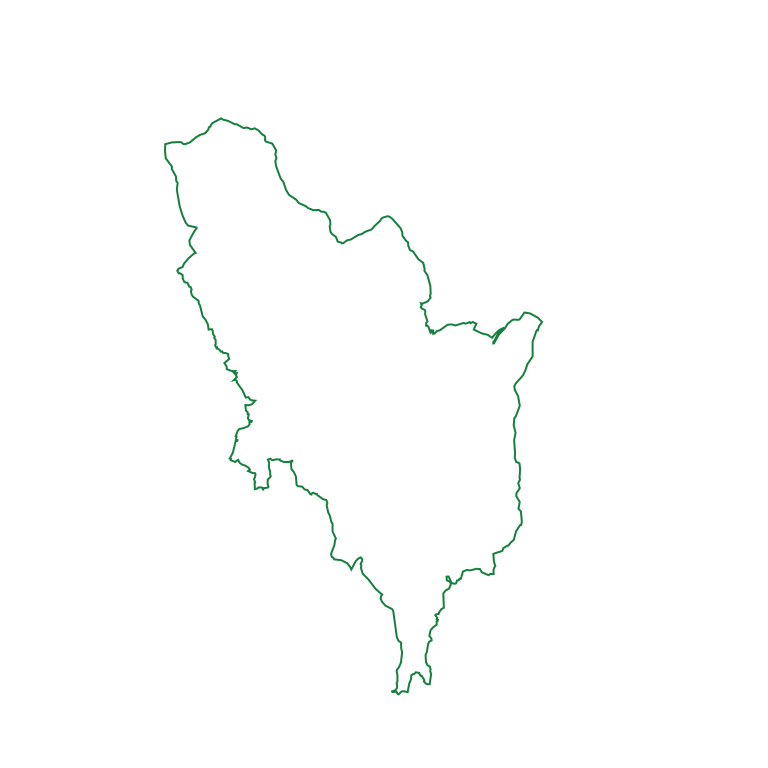 Ghelari, Hunedoara, Romania, rotated 73°
{"feature_id": "2599482B13335161568534", "entity_name": "Ghelari", "entity_type": "district", "adm_level": 2, "iso_a3": "ROU", "parent_name": "Romania", "parent_adm1": "Hunedoara", "projection": "equal_earth", "projection_center": [22.789, 45.717], "detail": "fine", "context": "isolated", "style": "outline", "palette": "green", "viewbox_px": 768, "rotation_deg": 73, "n_neighbors": 0, "source": "geoboundaries", "source_scale": "gbopen_adm2", "svg_char_len": 6142}
<svg xmlns="http://www.w3.org/2000/svg" viewBox="0 0 768 768"><g transform="rotate(73 384 384)"><path d="M592.7,345.5L597.4,339.9L596.7,337.9L597.8,334.7L593.9,333.7L591.6,332.1L590.7,330.8L585.9,330.8L578.4,329.1L578.2,319.7L575.9,317.9L574.7,313.6L574.9,312.4L572.5,308.9L571.0,305.4L563.5,300.8L558.8,295.2L559.0,294.1L556.1,292.5L545.9,290.3L542.7,291.9L536.5,288.7L529.7,290.3L527.2,289.2L523.3,284.6L518.0,284.6L515.3,281.9L513.6,281.9L505.2,278.7L499.7,277.7L498.7,278.2L497.3,280.3L492.8,280.6L488.6,278.9L475.7,276.0L469.1,272.4L461.6,272.1L455.0,269.5L453.2,267.2L444.5,260.5L434.7,259.3L428.0,260.6L424.3,260.1L422.1,258.0L416.4,248.6L412.0,244.6L407.1,241.2L401.1,233.8L387.2,229.6L378.0,222.9L377.2,221.9L377.7,221.3L373.9,218.6L371.0,214.7L365.6,217.4L361.8,221.1L359.2,223.7L356.7,228.8L361.8,235.3L361.9,236.7L360.3,241.1L360.4,242.6L362.6,248.2L365.9,251.8L370.5,260.0L377.3,266.9L377.1,267.6L375.4,266.9L375.0,265.8L369.3,260.3L367.9,258.5L366.4,254.7L365.5,254.1L366.0,257.6L367.9,261.8L371.4,267.1L367.2,270.5L364.1,275.8L358.2,282.2L353.3,278.0L351.7,280.1L350.6,280.8L351.2,283.3L349.8,283.9L350.2,286.8L350.0,288.4L348.9,290.2L348.9,298.5L346.7,302.1L345.9,305.8L349.0,315.0L348.8,318.0L350.5,320.9L350.4,322.2L347.2,321.3L346.6,322.7L348.7,323.1L348.0,323.9L348.4,324.5L342.2,324.8L340.9,325.5L340.5,326.7L338.1,325.9L336.9,324.1L329.3,324.3L326.4,323.2L325.3,323.2L322.8,325.8L321.2,326.4L319.7,324.8L317.6,325.1L318.4,323.3L317.7,318.0L315.1,314.2L313.3,314.3L311.4,313.0L303.7,311.0L292.6,310.7L287.4,312.3L286.1,311.5L279.6,311.1L274.6,314.7L265.6,317.5L263.5,320.0L259.0,320.4L255.5,319.6L253.2,321.2L247.6,323.0L244.4,322.2L239.9,322.6L228.7,327.6L225.8,329.6L224.6,331.5L224.5,336.0L225.0,337.9L226.8,340.0L230.3,347.2L232.6,350.7L232.9,357.2L234.1,361.6L234.0,365.1L236.1,373.4L235.8,377.3L237.4,381.9L237.1,383.3L236.2,383.6L234.3,386.6L229.4,387.0L225.2,389.9L222.8,390.7L217.2,389.8L216.0,388.7L211.5,387.7L203.0,389.6L201.5,391.6L200.7,393.9L198.5,395.4L197.2,400.7L193.2,405.5L191.3,406.6L185.9,412.7L182.2,414.0L175.4,419.5L169.6,421.0L161.7,421.1L157.0,422.8L144.0,423.5L138.9,422.7L136.6,420.8L133.1,420.9L128.9,418.8L121.4,420.6L117.6,426.1L116.1,426.5L113.0,425.4L111.8,425.6L109.3,427.8L104.8,429.9L101.7,432.9L101.7,436.3L98.8,439.8L98.1,443.6L92.5,448.9L91.8,451.0L86.8,456.2L84.0,460.8L82.4,462.0L84.3,471.8L86.0,474.2L87.0,474.5L87.4,476.5L89.2,477.5L91.9,481.5L92.0,487.2L93.2,491.8L96.2,498.9L96.5,504.3L95.6,505.9L93.5,507.2L92.8,508.9L90.9,516.6L90.7,523.1L97.5,525.4L104.3,526.7L114.2,523.2L116.3,524.1L124.7,522.3L129.3,523.3L131.4,522.5L137.0,525.1L139.8,525.6L154.1,527.4L164.3,527.4L172.0,526.4L175.2,525.1L179.5,517.6L180.1,517.5L183.1,521.4L189.8,528.2L194.4,528.9L203.7,525.8L203.8,527.8L206.5,533.9L210.2,539.8L213.3,542.6L213.6,546.7L215.1,548.5L218.0,548.0L218.0,547.3L220.8,544.7L224.1,545.6L228.2,545.1L229.8,542.3L234.0,541.8L234.9,540.5L237.5,540.4L238.8,541.5L242.1,541.8L244.6,541.2L250.1,537.0L253.0,537.6L254.9,537.0L266.1,537.6L270.3,535.9L275.4,535.0L280.7,535.8L281.3,532.5L282.7,532.2L286.3,532.9L289.3,532.0L290.3,532.9L292.6,532.1L297.0,533.4L297.4,534.2L300.7,533.7L300.3,532.9L301.7,532.8L303.1,531.3L305.3,530.6L305.5,529.3L307.0,529.0L308.3,526.1L309.9,524.2L311.9,524.9L314.8,524.7L317.2,530.5L321.1,529.4L323.8,530.0L326.4,526.8L327.3,525.0L328.2,524.7L327.7,524.1L328.2,522.3L329.9,524.0L330.5,523.8L330.5,521.6L332.6,523.1L334.3,522.6L336.4,526.5L336.5,524.7L338.4,523.8L339.5,524.3L348.5,521.2L356.5,520.2L357.0,517.5L359.7,516.6L361.2,514.8L362.3,512.1L364.8,516.3L364.7,519.9L363.6,522.7L369.0,523.8L371.2,522.6L373.0,523.2L373.5,522.2L377.0,524.2L379.4,523.5L380.7,521.2L381.1,521.4L381.5,522.1L381.2,523.9L383.3,524.3L384.8,526.6L385.1,531.1L384.8,535.7L386.0,537.5L390.6,541.1L391.1,540.4L394.2,542.0L394.9,540.5L395.5,540.9L395.2,542.5L405.6,548.7L410.2,553.3L410.8,552.3L412.0,552.9L415.0,549.2L413.9,545.6L416.9,545.2L419.8,543.1L421.6,540.4L424.5,538.0L426.8,537.3L427.5,539.4L430.8,535.6L431.7,533.3L432.8,533.3L435.4,534.6L436.9,536.1L440.6,536.0L441.1,536.8L446.8,538.2L446.9,535.5L446.4,534.8L446.4,533.4L447.4,530.9L448.0,530.3L450.2,530.9L448.5,529.3L449.1,525.3L448.5,524.5L445.2,524.5L441.4,523.1L439.7,519.7L438.9,519.2L437.3,519.4L434.4,518.4L430.7,518.6L425.5,516.8L422.3,517.0L422.1,514.6L424.1,513.3L424.6,508.9L425.7,505.7L426.8,505.7L429.5,502.3L430.8,497.3L430.3,493.4L432.2,496.0L438.0,497.4L442.1,495.9L446.7,495.3L455.1,497.1L456.6,496.1L458.2,492.3L461.7,490.7L463.1,488.1L467.8,486.7L468.4,485.8L467.7,485.6L467.3,483.5L469.6,481.0L469.6,480.3L470.8,480.2L476.2,476.1L478.1,473.1L481.1,472.9L483.3,474.3L490.7,474.9L493.7,474.3L500.6,474.7L502.4,474.0L510.0,476.3L517.8,475.2L519.0,476.5L523.3,478.4L531.0,484.3L534.0,484.5L535.8,482.9L537.1,483.0L540.0,476.4L544.5,471.7L549.0,469.9L551.8,469.5L545.1,462.7L543.5,459.9L543.0,457.0L545.0,456.0L546.9,456.7L549.2,459.0L550.6,458.6L553.2,459.8L559.1,459.8L566.5,456.0L577.6,451.9L584.9,447.3L586.0,448.8L588.0,449.9L591.5,449.6L596.4,447.4L601.6,442.1L603.5,441.5L629.6,445.7L633.7,445.3L636.4,443.3L641.6,444.8L645.8,445.1L655.1,449.1L659.0,452.3L661.2,455.2L662.5,455.9L666.3,456.3L672.6,458.2L673.7,459.4L676.9,459.7L678.6,460.6L680.2,462.4L680.3,466.1L680.9,466.1L682.1,462.0L684.2,461.7L685.1,460.8L683.2,457.1L683.6,454.8L685.6,451.5L677.8,447.4L674.0,444.3L670.7,443.2L669.9,441.4L670.3,440.1L669.0,437.9L670.5,434.9L672.8,434.6L674.1,433.9L674.1,433.3L679.0,432.0L680.0,432.8L682.4,431.8L683.7,430.3L684.5,428.1L674.9,423.6L672.5,423.9L670.8,423.0L667.7,422.7L665.8,424.6L662.3,425.2L655.4,423.5L652.7,421.3L645.4,417.8L643.6,415.9L643.2,413.5L641.2,413.1L638.2,414.3L633.1,411.5L631.0,408.1L629.6,404.0L626.4,403.0L626.3,402.1L625.3,401.4L624.4,402.4L623.1,401.5L620.1,402.5L619.6,402.0L619.8,398.8L618.6,398.2L616.1,395.0L615.5,392.2L601.6,388.5L599.5,385.4L598.6,381.5L594.7,378.4L592.6,378.7L590.1,381.3L586.5,380.5L587.0,378.5L594.2,377.5L595.7,374.8L595.7,373.3L593.3,371.6L593.6,369.9L592.5,369.1L592.3,368.6L592.9,367.9L592.4,367.2L586.5,363.4L586.0,359.3L587.5,355.9L587.7,349.9L589.0,346.4L592.7,345.5Z" fill="none" stroke="#15803d" stroke-width="2"/></g></svg>